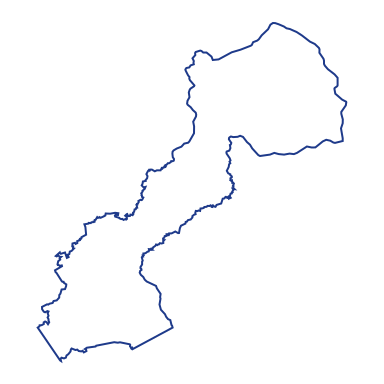 Pak Phli, Nakhon Nayok, Thailand
{"feature_id": "78962969B43215001089078", "entity_name": "Pak Phli", "entity_type": "district", "adm_level": 2, "iso_a3": "THA", "parent_name": "Thailand", "parent_adm1": "Nakhon Nayok", "projection": "mercator", "projection_center": [101.301, 14.217], "detail": "fine", "context": "isolated", "style": "outline", "palette": "blue", "viewbox_px": 384, "rotation_deg": 0, "n_neighbors": 0, "source": "geoboundaries", "source_scale": "gbopen_adm2", "svg_char_len": 5944}
<svg xmlns="http://www.w3.org/2000/svg" viewBox="0 0 384 384"><path d="M132.3,349.3L172.6,327.6L172.1,325.7L171.5,325.0L170.3,320.1L168.0,319.1L166.1,316.7L165.0,314.2L160.9,309.7L159.5,304.5L160.5,298.6L160.1,297.2L160.6,293.9L156.9,288.4L156.0,285.9L146.7,281.5L144.7,279.6L143.3,277.0L140.8,274.8L139.7,272.7L140.2,270.8L141.5,269.9L141.3,268.9L140.5,268.2L140.5,267.0L142.1,264.5L142.1,261.6L142.7,260.7L141.8,257.3L142.4,256.5L143.0,256.5L142.7,255.3L143.7,255.2L143.4,253.5L145.5,253.2L147.6,251.6L148.6,251.5L149.2,250.3L148.9,249.1L150.1,249.2L150.8,249.9L152.1,249.8L151.4,249.3L151.3,248.6L152.8,248.3L153.1,247.4L155.4,245.8L156.1,244.5L157.3,245.1L158.2,244.4L158.9,244.4L159.8,243.2L161.6,243.5L163.3,243.0L163.2,241.2L164.2,240.1L163.2,240.0L163.1,238.4L164.3,237.7L164.7,236.1L166.5,235.9L166.5,234.2L167.4,234.2L167.7,235.0L168.7,235.2L169.0,234.8L168.5,233.8L168.9,233.4L171.6,233.4L175.3,231.5L178.1,233.1L179.0,233.0L179.9,228.1L181.0,225.7L185.4,223.6L185.7,221.9L186.8,221.7L188.0,220.1L190.7,219.5L192.4,217.5L192.4,216.1L194.1,214.7L195.6,214.2L195.3,212.7L195.8,210.9L197.5,211.1L198.5,210.5L200.1,210.9L200.5,208.5L202.7,208.3L203.9,207.8L204.3,207.0L206.6,206.8L207.5,205.9L209.5,206.0L210.5,205.3L211.2,205.7L211.6,206.9L212.3,207.0L212.4,205.7L212.9,205.3L214.2,206.5L215.5,206.8L216.6,204.9L221.2,203.5L222.7,198.7L224.4,198.4L225.5,196.9L226.1,196.9L227.3,198.0L229.3,197.6L229.2,198.5L230.7,197.8L229.9,196.7L228.7,196.4L230.0,195.5L230.6,193.6L231.8,193.4L231.9,192.4L232.6,192.2L232.4,191.3L233.4,190.0L232.7,188.7L234.4,189.0L233.1,187.7L233.5,186.2L232.9,185.9L233.9,183.6L233.2,182.7L232.3,182.9L232.0,180.5L231.3,180.9L230.3,180.1L230.7,179.5L230.4,178.3L231.8,177.3L231.8,176.4L230.3,175.1L230.3,174.3L228.2,173.3L226.8,170.8L228.7,167.0L229.1,164.3L230.3,163.2L229.5,161.7L230.5,160.4L229.7,158.2L226.6,153.6L226.4,152.3L226.7,151.5L229.3,150.6L230.4,148.1L229.9,145.0L230.8,144.5L231.3,142.9L228.9,139.3L229.0,138.0L229.6,137.3L230.9,136.5L233.2,137.1L237.7,136.8L240.1,135.8L243.0,136.9L247.0,142.1L250.0,144.7L252.2,148.4L258.3,155.1L260.0,156.0L270.0,154.6L274.3,152.9L278.8,154.1L284.1,154.6L289.6,153.6L293.9,154.1L297.0,152.9L306.9,146.5L311.7,147.5L315.4,147.4L322.8,141.4L326.2,139.8L330.3,140.7L333.3,142.5L335.0,142.9L342.7,141.0L342.7,138.3L341.0,128.4L342.7,123.3L342.8,119.4L341.3,113.8L341.3,111.9L345.8,105.4L346.3,102.2L346.1,101.7L342.1,99.6L335.3,93.7L334.4,88.8L334.7,88.0L337.2,86.2L337.6,85.3L337.6,77.8L334.6,74.4L327.9,69.2L324.8,65.6L324.0,63.9L324.0,60.6L323.5,58.8L319.4,52.8L319.5,49.3L318.9,47.9L314.8,44.0L309.9,41.6L302.0,35.5L296.6,32.0L289.8,29.0L286.5,28.3L283.9,26.5L278.5,24.2L275.2,23.1L272.9,23.0L270.4,24.7L268.1,29.2L261.7,35.3L258.8,39.3L257.2,40.6L253.1,42.2L251.8,45.0L250.8,45.7L240.5,49.7L231.7,52.3L218.6,59.4L212.8,60.0L211.5,56.6L206.5,52.5L203.2,52.5L201.5,51.0L200.2,50.6L195.7,52.0L195.1,53.0L195.3,55.1L192.5,58.3L193.8,61.0L193.5,62.8L193.8,64.3L190.6,65.4L189.3,67.4L186.4,68.0L185.4,69.4L185.6,70.5L188.1,75.4L189.5,77.1L189.3,78.7L190.0,80.3L194.4,85.4L194.1,86.2L190.4,88.7L189.6,90.0L188.8,92.5L189.5,97.2L187.5,100.8L187.1,103.7L187.7,104.8L190.7,107.2L192.9,110.1L195.7,112.6L196.2,114.6L196.0,116.5L193.2,121.7L194.1,126.4L194.0,133.3L189.3,141.5L188.2,142.7L184.2,143.6L181.4,146.7L176.8,148.5L173.6,150.4L172.6,151.7L172.4,153.7L172.8,157.2L174.0,159.0L173.8,160.6L172.7,161.2L171.2,161.1L170.8,162.1L168.9,163.3L167.9,163.2L166.6,164.7L165.3,165.1L165.0,165.6L165.8,166.3L165.4,167.0L164.2,166.7L163.9,167.5L163.0,167.6L162.4,168.6L161.7,168.1L160.6,170.3L156.9,170.3L154.8,171.3L151.9,169.6L150.3,169.6L149.7,170.6L149.0,169.9L147.9,171.2L146.4,174.1L147.5,176.1L147.1,178.3L145.5,180.2L145.7,180.9L142.9,181.5L142.5,183.9L141.7,185.4L143.6,187.4L145.5,186.9L144.7,188.9L142.5,190.7L142.7,191.4L141.3,193.3L141.7,193.7L141.5,195.2L141.9,195.4L142.0,196.9L143.3,197.5L142.2,199.7L141.6,200.1L140.5,199.8L138.4,201.0L138.7,202.1L137.8,203.6L137.1,203.8L137.3,204.6L136.5,204.8L137.2,207.7L136.2,207.9L135.8,209.2L134.6,209.4L134.1,211.8L133.0,212.7L132.8,213.5L133.4,214.0L132.6,215.2L130.4,214.6L129.9,216.0L128.1,216.1L127.2,214.0L126.7,214.2L125.2,215.7L126.7,216.8L126.9,218.6L126.4,218.7L126.5,219.3L126.1,219.6L125.3,219.1L123.5,219.9L122.3,218.9L121.2,219.1L119.4,218.3L119.2,217.8L115.2,216.6L114.9,215.6L115.5,214.8L118.0,215.0L118.3,213.2L115.1,212.8L110.1,213.7L105.7,213.5L105.4,215.3L104.8,215.4L104.6,214.9L104.6,216.0L100.6,217.8L100.1,217.8L99.6,217.1L98.0,217.9L97.2,217.1L95.6,219.8L94.7,220.0L94.6,221.6L93.6,221.6L93.6,222.1L91.4,222.3L90.8,223.1L88.7,222.9L88.5,223.6L84.4,224.3L85.4,227.0L86.1,234.7L81.5,237.2L81.4,238.3L80.2,238.7L80.4,239.3L79.6,239.6L79.8,240.2L77.2,241.1L77.3,243.1L75.6,243.9L75.0,242.8L72.5,243.5L72.3,246.3L73.2,246.4L73.0,248.3L73.9,248.5L71.6,250.9L69.8,251.6L69.3,254.1L67.7,254.7L68.6,257.1L66.9,257.9L65.0,252.5L60.8,253.8L60.1,253.3L59.8,252.4L55.8,256.0L56.7,256.4L58.3,255.4L59.6,256.8L61.1,256.9L59.6,258.3L60.2,259.6L58.2,261.2L57.5,264.4L57.8,265.0L58.5,264.9L59.7,265.8L61.8,265.4L62.0,266.2L55.0,270.3L55.6,272.2L56.5,272.9L61.7,281.1L62.4,281.8L63.6,281.8L64.0,282.9L66.3,284.4L66.1,286.2L65.0,289.1L61.6,289.5L60.4,293.7L59.3,295.0L59.2,297.6L56.7,300.4L53.6,301.0L52.6,303.0L49.5,303.7L48.3,304.6L47.1,304.3L42.0,306.9L42.1,309.2L43.8,311.7L45.1,312.3L47.4,311.1L48.5,311.5L47.7,313.2L48.5,315.8L47.6,317.5L48.5,319.1L48.5,320.5L49.2,322.2L48.0,324.2L46.6,322.2L45.1,321.5L43.7,322.4L43.8,324.0L41.6,325.2L39.6,325.3L39.4,326.4L37.7,327.6L60.1,360.4L61.0,361.0L60.5,358.9L61.5,357.7L64.0,358.4L65.9,357.6L66.5,355.5L68.3,354.2L70.5,351.5L70.9,349.4L71.6,348.5L75.5,350.0L77.3,349.6L78.7,351.0L81.3,351.4L82.6,350.8L83.8,352.4L86.4,351.1L86.1,349.5L85.0,349.0L86.9,347.7L95.6,346.5L96.2,345.7L114.2,342.2L117.8,342.7L120.0,342.3L129.8,344.3L130.2,344.9L130.0,346.3L131.3,348.0L132.1,347.5L132.9,348.6L131.9,349.0L132.3,349.3Z" fill="none" stroke="#1e3a8a" stroke-width="2"/></svg>